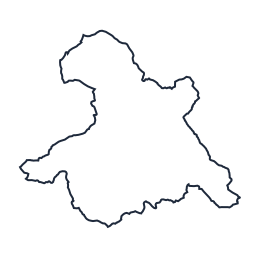 Quan Hoa, Thanh Hóa, Vietnam (Natural Earth projection), rotated 358°
{"feature_id": "81297802B43083568307928", "entity_name": "Quan Hoa", "entity_type": "district", "adm_level": 2, "iso_a3": "VNM", "parent_name": "Vietnam", "parent_adm1": "Thanh Hóa", "projection": "natural_earth1", "projection_center": [104.955, 20.487], "detail": "fine", "context": "isolated", "style": "outline", "palette": "slate", "viewbox_px": 256, "rotation_deg": 358, "n_neighbors": 0, "source": "geoboundaries", "source_scale": "gbopen_adm2", "svg_char_len": 5814}
<svg xmlns="http://www.w3.org/2000/svg" viewBox="0 0 256 256"><g transform="rotate(358 128 128)"><path d="M195.0,84.6L193.6,82.9L191.6,79.7L188.2,78.9L185.4,80.7L183.3,81.3L181.0,81.4L176.7,83.4L176.4,88.3L174.6,89.0L173.6,89.7L173.1,90.4L172.8,90.2L171.8,88.9L171.2,88.7L170.5,89.3L169.6,89.0L168.2,89.6L167.6,89.5L166.5,88.8L164.6,89.5L163.2,89.3L162.2,87.9L159.9,86.0L159.4,85.1L158.9,84.7L158.8,84.0L158.4,83.8L157.1,82.7L154.6,81.1L151.7,80.3L150.9,79.3L150.5,79.3L149.2,80.3L148.8,80.3L147.9,79.9L147.3,79.9L146.9,80.3L146.1,81.5L145.0,81.6L144.1,80.9L143.8,80.4L143.8,80.1L144.6,78.6L144.9,77.0L145.7,75.6L145.9,74.2L145.7,73.2L144.1,72.1L140.8,68.7L140.2,66.7L139.5,65.3L138.9,64.6L137.9,63.8L136.2,63.4L135.3,60.3L135.1,58.9L135.2,57.9L136.0,56.1L136.0,55.4L135.0,52.6L132.1,48.5L130.2,44.7L129.8,44.2L128.5,43.4L125.4,43.0L122.5,41.7L121.7,41.0L120.2,39.3L118.2,38.1L117.2,37.2L116.2,35.9L114.9,34.8L109.2,31.1L105.5,29.9L103.1,30.1L100.1,31.7L98.2,33.2L94.9,34.0L93.1,34.8L91.1,34.9L89.7,34.7L88.0,34.2L86.7,33.5L86.1,35.4L84.9,38.3L83.7,39.8L84.5,40.8L82.8,42.2L81.2,43.1L79.6,44.6L75.2,46.6L72.2,48.5L71.4,49.6L70.8,51.0L70.4,51.5L70.2,50.2L69.4,50.1L68.7,50.2L68.3,50.7L67.5,53.1L65.6,55.8L63.8,57.6L62.9,57.6L62.6,57.8L62.4,59.8L62.5,63.0L63.1,65.2L63.6,66.2L63.1,68.7L63.1,70.8L63.7,72.0L64.1,74.0L64.0,76.6L64.8,77.7L65.9,80.6L66.6,80.6L69.3,79.8L70.3,78.7L71.7,78.6L74.2,78.9L75.0,78.8L76.4,78.0L80.6,78.8L81.4,79.2L85.6,82.5L89.4,85.0L93.7,87.0L96.2,88.0L94.1,90.6L94.3,91.4L95.1,92.5L95.4,95.2L95.4,97.4L95.8,98.4L95.9,99.3L95.6,99.6L93.5,100.1L92.3,100.8L92.0,102.3L93.3,104.7L94.4,105.1L95.2,106.1L97.2,112.8L97.1,113.4L96.5,113.8L94.4,113.8L94.2,114.0L95.2,116.1L95.6,119.0L94.6,122.4L91.5,124.1L90.6,124.8L89.2,126.6L89.0,127.6L87.9,127.8L87.2,128.2L84.8,131.2L82.6,132.1L78.3,133.1L75.1,133.4L73.7,133.3L72.7,133.6L71.9,134.2L69.1,134.5L64.5,137.4L60.1,138.6L58.2,139.3L54.0,142.0L52.4,142.6L52.1,142.8L51.8,143.5L50.8,144.2L50.6,145.5L49.8,146.6L48.9,146.9L48.6,147.2L48.5,147.7L48.1,148.6L47.8,151.4L47.1,151.9L44.5,152.6L43.0,153.5L41.9,153.7L40.5,155.0L39.0,154.7L38.2,154.9L37.6,155.8L37.2,157.4L35.3,157.2L32.1,157.3L30.8,156.9L30.2,157.0L29.2,156.6L25.7,156.6L25.2,157.5L24.5,158.3L21.5,160.8L19.8,162.6L18.7,163.3L19.6,165.2L22.8,169.1L25.5,169.7L26.8,170.4L26.4,172.1L25.6,173.9L24.2,175.2L24.7,175.6L26.3,176.6L27.1,176.7L30.1,176.7L33.7,177.6L35.3,177.1L36.4,177.6L37.3,178.9L38.8,179.0L42.1,180.2L42.7,180.2L44.1,179.2L45.9,179.4L46.6,178.7L47.1,178.5L47.6,178.6L49.2,180.1L50.1,180.2L51.3,179.3L51.4,178.7L52.0,177.5L52.3,176.0L53.1,174.7L54.5,173.7L55.4,172.5L56.4,172.0L57.4,170.5L58.4,169.5L61.0,168.9L63.2,169.1L63.8,169.3L64.4,169.7L64.8,170.3L65.2,171.7L64.7,173.1L64.4,174.7L64.4,175.6L64.9,177.3L66.7,179.9L66.1,180.3L65.8,181.1L66.1,181.9L66.1,183.9L65.8,185.2L66.9,187.6L68.1,192.0L70.5,196.5L70.4,197.9L71.0,198.9L70.5,199.4L69.9,199.4L69.4,199.7L69.1,200.5L69.3,201.8L70.2,203.4L71.1,206.1L74.2,206.5L76.0,206.1L77.6,209.4L78.6,210.3L79.7,212.6L81.0,213.2L81.2,214.1L81.8,214.8L82.6,216.3L83.5,217.4L85.0,218.4L85.7,218.8L87.8,219.4L89.8,219.8L93.9,219.4L96.4,220.5L97.1,221.1L99.5,222.4L101.3,222.6L102.2,223.2L102.7,223.9L103.5,224.5L104.4,226.1L106.7,225.1L109.0,223.1L110.4,222.8L112.0,223.2L113.3,222.1L114.0,222.1L115.0,221.4L115.9,221.1L118.1,219.3L117.9,218.2L118.2,217.1L118.3,216.0L119.6,214.7L120.6,213.9L121.9,213.2L123.5,212.8L124.6,213.1L126.3,213.9L127.5,212.6L131.3,211.9L132.3,211.4L133.9,212.3L136.6,213.5L138.3,213.8L138.5,213.2L139.8,211.9L141.4,209.0L141.7,207.6L141.1,203.9L141.6,202.9L143.0,202.0L143.6,202.0L144.4,202.7L146.3,203.5L147.7,204.9L149.3,207.0L150.7,208.3L151.5,208.9L152.7,209.2L153.1,209.1L153.4,208.7L153.4,208.2L152.9,205.7L153.3,204.6L154.0,204.0L156.3,203.7L157.0,203.5L157.9,202.5L158.6,201.0L159.3,200.6L160.8,200.6L163.5,201.4L165.3,201.0L166.8,201.8L167.8,201.6L170.2,202.9L170.8,204.0L172.5,203.5L173.0,202.4L173.3,202.1L175.5,202.9L177.0,201.9L178.4,200.7L181.3,199.6L181.1,198.0L181.9,196.1L182.8,195.3L185.0,194.2L184.3,192.4L184.3,191.3L184.6,190.6L184.7,189.3L184.8,188.6L185.7,186.9L186.6,186.4L186.8,187.4L187.3,188.0L191.9,188.4L195.4,188.1L196.8,188.8L197.0,189.1L197.1,189.8L197.1,191.4L199.5,191.5L201.5,194.2L206.5,199.9L207.7,201.5L208.8,203.7L210.6,204.1L211.4,204.7L211.8,205.8L212.7,206.4L213.0,207.0L213.9,208.0L214.5,208.3L216.5,210.5L219.2,210.3L219.8,210.4L225.2,210.6L226.7,210.9L229.0,209.6L230.3,208.2L231.7,208.0L235.0,207.2L235.1,206.7L234.7,205.8L234.9,205.3L234.4,204.8L234.7,203.6L235.5,202.2L236.9,201.8L237.3,201.5L237.2,201.2L235.8,200.3L234.9,198.9L230.3,196.2L226.0,193.0L225.8,190.5L225.2,188.8L227.1,187.2L229.4,184.5L229.7,183.7L229.6,182.7L227.9,181.0L227.9,178.8L227.7,176.2L227.3,175.3L227.0,173.2L226.2,172.1L223.8,171.1L222.6,170.3L221.7,170.1L220.3,169.0L217.6,168.4L216.1,167.3L214.1,165.2L212.8,164.1L209.7,163.0L209.0,162.5L208.7,162.0L208.7,161.5L208.9,159.6L208.3,158.3L207.6,157.6L207.0,154.9L205.6,152.3L205.3,151.4L203.0,148.6L201.7,147.4L201.4,146.9L199.8,145.8L199.3,145.0L199.3,144.6L199.0,144.0L198.7,142.6L197.8,141.1L197.7,140.3L196.8,139.1L196.5,139.0L196.5,137.8L196.3,137.2L195.7,137.0L195.3,136.5L194.3,136.4L193.9,135.4L193.6,135.2L193.5,134.4L193.2,133.7L192.0,132.6L191.6,131.8L190.9,130.9L190.3,130.5L190.1,129.9L189.4,129.0L188.6,128.4L188.0,127.3L186.9,125.8L186.7,125.0L185.5,122.8L185.1,122.6L185.0,121.7L183.8,119.6L183.8,119.1L184.2,118.5L187.0,116.0L187.4,115.7L188.5,115.7L189.9,113.9L191.8,112.2L192.4,111.4L192.6,109.6L193.3,109.1L193.4,108.8L193.2,108.4L193.3,108.1L194.5,106.3L195.0,106.1L195.8,104.9L196.0,103.7L197.1,103.2L198.0,102.3L199.9,100.8L200.1,100.5L199.4,99.3L198.8,97.7L199.5,96.0L199.4,95.1L199.1,94.3L198.6,93.5L195.1,89.7L194.5,88.7L193.9,88.2L195.0,85.3L195.0,84.6Z" fill="none" stroke="#1e293b" stroke-width="2"/></g></svg>